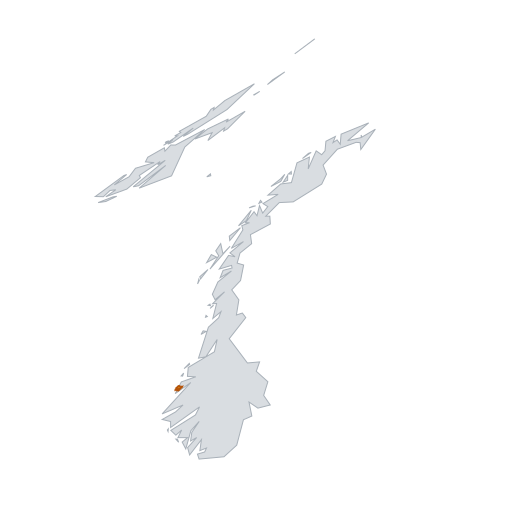 Fræna nor, Møre og Romsdal, Norway shown in context, rotated 325°
{"feature_id": "86288312B12375056094040", "entity_name": "Fræna nor", "entity_type": "district", "adm_level": 2, "iso_a3": "NOR", "parent_name": "Norway", "parent_adm1": "Møre og Romsdal", "projection": "equal_earth", "projection_center": [7.135, 62.879], "detail": "fine", "context": "in_parent", "style": "filled", "palette": "amber", "viewbox_px": 512, "rotation_deg": 325, "n_neighbors": 0, "source": "geoboundaries", "source_scale": "gbopen_adm2", "svg_char_len": 6130}
<svg xmlns="http://www.w3.org/2000/svg" viewBox="0 0 512 512"><g transform="rotate(325 256 256)"><path d="M305.7,225.6L286.8,229.0L290.2,231.3L286.1,238.0L263.7,235.3L259.5,243.4L244.6,244.4L236.5,251.0L240.7,256.3L229.3,267.2L216.7,269.8L216.8,282.1L206.1,293.1L212.1,294.9L212.3,300.6L186.6,308.4L187.6,338.7L198.2,344.8L190.1,350.6L193.6,365.8L182.3,374.6L182.2,386.2L170.3,381.7L166.5,371.6L160.8,384.7L151.8,382.9L131.7,399.9L114.6,402.1L92.9,389.7L94.4,384.7L101.5,387.1L105.3,384.9L98.4,383.2L106.0,375.1L87.5,380.9L90.1,373.7L103.3,370.7L96.3,370.0L102.3,363.6L114.6,358.9L102.5,361.7L87.8,373.8L88.8,366.1L95.7,365.5L87.9,360.0L95.3,355.9L87.6,356.8L86.2,350.0L115.2,351.5L123.2,347.2L87.7,347.5L91.1,342.6L85.4,336.1L100.7,337.6L110.8,336.2L88.5,331.5L130.0,322.2L110.9,322.4L122.6,316.3L137.4,320.4L130.8,315.3L136.6,308.4L167.0,310.6L176.3,302.1L157.1,309.8L150.3,306.7L176.2,287.0L190.0,285.2L195.4,281.5L184.8,282.4L196.5,272.3L193.0,270.2L209.7,267.3L197.4,268.3L198.3,262.3L209.9,255.4L227.3,254.2L214.2,253.2L220.8,248.9L229.5,252.1L230.6,249.7L218.4,245.6L233.9,239.8L238.4,244.6L236.4,238.5L254.0,237.0L240.2,235.6L260.2,227.1L261.8,223.0L269.8,225.0L266.4,222.7L279.8,218.6L279.9,223.6L287.8,216.7L286.1,224.7L294.0,222.3L291.8,217.1L309.5,218.2L300.7,213.0L317.6,211.2L327.1,216.2L343.0,203.2L356.5,205.6L348.7,214.6L365.6,204.4L367.9,210.7L372.9,209.4L379.1,202.1L389.6,203.6L384.1,207.3L389.0,207.4L389.1,212.8L395.6,205.0L424.7,211.6L397.1,214.1L410.1,219.3L426.5,220.6L402.9,228.9L406.3,222.9L403.2,220.3L383.9,215.2L363.1,220.0L360.7,229.4L351.1,234.8L317.5,233.0L305.7,225.6ZM224.0,113.0L243.0,114.8L241.5,117.9L249.9,116.2L253.6,118.9L286.5,123.0L260.2,125.9L232.8,141.9L199.2,133.4L234.0,130.0L200.1,131.1L195.1,128.9L236.5,125.6L227.8,124.9L231.6,123.6L206.6,123.1L206.2,125.6L188.6,127.1L166.9,121.3L179.2,121.3L174.0,118.6L165.0,119.9L158.5,115.1L194.0,114.3L196.8,115.1L180.7,116.5L197.5,118.3L207.6,115.0L226.1,121.1L219.4,115.5L224.0,113.0ZM264.7,109.9L295.4,113.0L303.2,110.0L306.9,110.3L304.9,112.0L319.8,110.8L353.5,114.0L316.2,119.4L270.5,117.1L265.0,116.3L278.0,115.2L253.6,115.1L247.9,113.8L254.9,113.1L243.7,112.3L260.5,112.5L258.3,111.0L265.2,111.7L264.7,109.9ZM289.3,124.2L312.0,127.9L308.3,129.2L330.1,131.2L305.7,135.5L301.1,135.1L303.8,133.0L282.8,133.8L290.8,129.8L273.0,125.1L289.3,124.2ZM230.2,235.2L240.4,233.1L210.8,240.3L225.6,234.4L226.0,228.7L234.2,225.6L230.2,235.2ZM245.5,224.4L259.5,223.9L243.4,228.3L245.5,224.4ZM259.0,221.2L278.4,215.8L268.4,221.5L259.0,221.2ZM157.3,121.7L172.6,125.5L176.2,127.2L164.2,125.2L157.3,121.7ZM220.2,229.2L223.1,234.4L211.8,233.1L220.2,229.2ZM326.4,205.6L319.1,209.1L308.1,207.6L320.5,206.9L326.4,205.6ZM328.2,208.1L325.3,212.2L320.6,211.1L328.2,208.1ZM198.1,240.7L208.9,239.5L197.4,243.0L198.1,240.7ZM427.9,111.9L403.7,112.6L428.7,111.8L427.9,111.9ZM370.9,121.2L385.2,121.7L363.7,122.1L370.9,121.2ZM350.0,202.8L357.9,202.0L360.6,202.8L350.0,202.8ZM333.3,207.0L332.0,209.2L329.6,207.4L333.3,207.0ZM291.6,213.0L291.8,215.3L288.6,214.5L291.6,213.0ZM265.8,162.6L265.0,164.3L261.1,162.9L265.8,162.6ZM353.5,123.3L347.0,123.1L346.2,122.6L353.5,123.3ZM169.8,287.0L172.0,289.2L166.0,288.7L169.8,287.0ZM277.9,212.6L282.0,213.4L284.5,214.7L277.9,212.6ZM247.9,110.8L250.7,111.6L246.4,111.3L247.9,110.8ZM139.5,306.7L132.5,307.0L139.8,305.7L139.5,306.7ZM129.6,310.4L127.0,312.3L125.9,311.3L129.6,310.4ZM195.6,243.5L192.1,245.4L195.9,242.2L195.6,243.5ZM86.6,361.0L85.8,364.2L85.3,360.0L86.6,361.0ZM190.2,270.6L188.5,268.9L190.7,269.0L190.2,270.6ZM411.5,217.2L411.0,219.0L410.6,218.7L411.5,217.2ZM192.2,272.2L188.3,272.6L193.0,271.8L192.2,272.2ZM181.0,276.0L181.4,277.7L179.5,277.2L181.0,276.0ZM85.0,347.3L83.3,349.3L83.6,347.7L85.0,347.3Z" fill="#d9dde1" stroke="#a8b0b8" stroke-width="1"/><path d="M118.5,318.2L118.4,318.1L118.2,318.1L118.3,318.1L118.2,318.1L118.1,317.9L117.9,317.8L118.0,317.9L117.9,317.9L117.7,317.9L117.6,318.0L117.4,318.0L117.1,318.0L116.8,318.0L116.7,318.0L116.8,318.0L116.7,318.2L116.4,318.2L116.5,318.2L116.4,318.2L116.2,318.1L115.9,318.2L116.0,318.2L116.1,318.3L115.9,318.3L116.0,318.4L116.0,318.5L115.9,318.5L115.7,318.4L115.4,318.4L115.4,318.5L115.2,318.4L115.3,318.4L115.3,318.5L115.2,318.4L115.1,318.5L115.3,318.5L115.2,318.6L114.8,318.6L115.0,318.7L114.9,318.7L114.7,318.7L114.8,318.7L114.6,318.7L114.8,318.7L114.7,318.7L114.6,318.8L114.8,318.8L114.4,318.9L114.5,318.9L114.3,318.9L114.0,318.9L114.0,319.0L113.9,319.0L114.0,319.0L114.3,319.0L114.1,319.0L113.9,319.1L114.0,319.1L113.8,319.2L113.5,319.3L113.3,319.3L113.2,319.4L113.3,319.4L113.4,319.5L113.5,319.5L113.5,319.4L113.7,319.5L113.8,319.5L114.0,319.5L113.9,319.5L114.2,319.5L113.8,319.6L114.0,319.7L114.3,319.6L114.2,319.7L114.3,319.7L114.2,319.7L114.3,319.8L114.2,319.8L114.3,319.9L114.6,319.9L114.6,320.0L114.8,320.2L114.8,320.3L114.7,320.4L114.6,320.5L114.8,320.5L115.1,320.5L115.3,320.5L115.8,320.5L116.0,320.4L116.6,320.3L116.8,320.3L117.1,320.3L116.9,320.4L116.8,320.5L117.1,320.5L117.3,320.6L117.5,320.6L117.4,320.6L117.2,320.7L117.1,320.8L117.3,320.9L117.5,320.9L117.9,320.9L118.0,320.9L118.0,321.0L117.9,321.1L117.7,321.0L117.4,321.1L117.1,321.1L116.9,321.0L117.0,321.0L116.9,321.0L116.8,320.9L116.4,320.8L116.1,320.9L115.8,320.9L115.6,320.8L115.8,320.8L116.0,320.8L116.2,320.7L116.3,320.7L116.1,320.7L115.8,320.6L115.7,320.7L115.4,320.7L115.3,320.8L115.2,320.8L115.3,320.7L115.1,320.8L115.1,320.7L114.8,320.7L114.8,320.8L114.7,320.8L114.8,320.8L115.0,320.8L114.7,320.9L114.8,320.9L114.8,321.0L114.7,321.0L114.4,321.1L114.5,321.2L114.4,321.2L114.3,321.3L114.4,321.2L114.5,321.3L114.9,321.4L115.0,321.5L115.3,321.9L115.5,321.9L115.8,321.8L116.0,321.8L116.3,321.7L116.5,321.6L116.8,321.6L117.4,321.4L117.5,321.4L117.8,321.4L118.2,321.4L118.7,321.2L119.3,321.2L119.6,321.2L120.0,321.1L120.4,321.0L120.4,320.9L120.5,320.8L120.7,320.7L120.3,320.6L120.0,320.5L120.2,320.3L120.3,320.3L120.2,320.2L120.0,320.3L119.8,320.3L119.2,320.3L119.2,320.2L119.1,319.9L118.9,319.6L118.6,319.6L118.8,319.5L118.7,319.4L118.4,319.1L118.0,318.7L118.3,318.5L118.4,318.3L118.5,318.3L118.4,318.3L118.4,318.2L118.5,318.2Z" fill="#f59e0b" stroke="#b45309" stroke-width="1.5"/></g></svg>